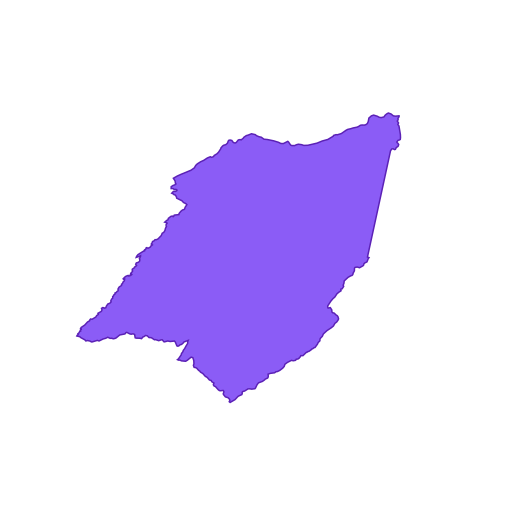 the district of Capital, Catamarca, Argentina, rotated 239°
{"feature_id": "61730980B81007798348630", "entity_name": "Capital", "entity_type": "district", "adm_level": 2, "iso_a3": "ARG", "parent_name": "Argentina", "parent_adm1": "Catamarca", "projection": "equal_earth", "projection_center": [-65.833, -28.409], "detail": "fine", "context": "isolated", "style": "filled", "palette": "violet", "viewbox_px": 512, "rotation_deg": 239, "n_neighbors": 0, "source": "geoboundaries", "source_scale": "gbopen_adm2", "svg_char_len": 6121}
<svg xmlns="http://www.w3.org/2000/svg" viewBox="0 0 512 512"><g transform="rotate(239 256 256)"><path d="M366.1,281.1L364.3,277.4L363.7,275.1L363.7,271.9L363.1,270.9L363.2,269.7L363.6,268.5L364.5,268.1L364.7,267.4L365.1,264.7L364.9,260.4L365.3,257.2L365.2,253.1L364.7,251.0L363.3,248.5L363.0,244.5L364.6,234.0L365.1,229.7L365.2,225.2L362.0,225.3L359.8,224.4L359.0,224.5L358.8,223.0L359.2,221.3L359.1,219.0L357.5,218.0L356.5,219.6L355.2,220.1L354.3,221.7L353.5,222.2L352.8,221.9L352.8,220.3L353.9,218.5L353.2,216.1L351.8,217.1L350.8,217.3L349.7,218.3L347.5,218.2L346.4,217.8L341.4,221.0L339.2,221.4L337.1,222.8L335.6,223.2L334.3,220.4L333.0,218.9L332.9,218.4L333.3,216.8L333.1,214.9L332.1,212.0L331.2,211.2L333.0,207.4L333.1,206.7L332.4,205.9L332.4,205.2L333.4,204.8L333.8,203.4L333.4,200.2L332.4,199.3L332.5,197.8L332.0,195.2L330.4,196.7L329.8,196.6L329.3,195.2L328.0,194.4L327.4,194.4L326.4,192.7L324.8,191.1L324.0,189.6L323.8,188.9L323.8,187.3L322.3,185.3L321.1,180.6L321.3,179.0L322.0,177.9L321.5,176.3L321.7,174.8L320.7,173.6L320.2,172.4L318.9,172.9L318.7,171.0L318.1,170.1L318.2,167.7L318.7,167.0L319.4,166.8L319.6,166.2L318.6,164.9L318.5,164.4L318.7,164.0L318.4,163.1L317.9,163.1L318.1,161.4L318.0,155.6L317.2,153.5L316.5,152.6L315.8,155.5L315.7,157.2L315.0,156.7L313.7,154.6L313.1,154.7L311.8,153.9L311.4,153.3L311.2,151.9L311.7,149.9L310.9,148.6L309.4,148.8L309.2,148.4L309.2,147.1L309.0,146.1L308.6,145.9L308.4,143.2L307.7,142.6L306.9,142.6L306.4,142.2L305.7,139.8L305.1,139.1L304.7,139.9L304.1,140.0L303.9,138.5L304.1,137.5L304.5,136.5L305.2,136.4L305.6,134.3L305.6,133.3L304.9,130.4L304.4,130.4L303.8,131.5L302.8,130.6L302.4,129.9L302.4,129.1L301.1,127.2L301.1,126.2L300.0,125.6L299.9,122.9L299.7,122.3L298.7,120.6L298.0,120.5L297.2,119.9L297.2,118.7L296.7,117.3L296.9,116.1L296.1,115.7L295.8,113.9L295.1,113.2L295.1,112.3L293.7,111.5L293.4,110.0L292.3,108.4L291.3,108.2L290.8,106.3L291.2,104.4L290.1,101.9L289.0,100.6L289.4,99.0L289.9,99.0L290.7,98.2L290.7,96.6L289.3,96.3L288.5,95.5L288.2,94.6L288.3,91.0L287.4,91.0L287.1,90.7L287.0,88.7L286.2,87.3L286.2,82.9L287.2,81.8L286.9,80.8L286.2,80.0L286.2,77.6L285.0,73.6L284.8,69.4L284.2,68.3L283.5,68.7L283.0,68.4L283.1,67.6L282.8,67.0L282.0,67.0L282.0,65.8L281.3,64.7L281.1,63.3L280.4,63.2L280.1,61.8L279.7,61.2L277.6,63.4L276.4,63.7L272.3,66.1L270.8,66.4L270.4,67.9L268.8,69.7L267.1,70.7L266.7,71.4L265.4,76.5L264.0,77.7L263.6,82.3L262.9,84.7L262.7,87.1L260.6,88.5L259.6,90.2L258.6,90.9L258.0,92.5L257.8,93.9L258.5,98.5L256.7,103.5L257.3,105.1L257.1,105.9L254.1,107.8L253.2,108.8L252.8,110.1L252.1,111.0L251.2,111.5L248.1,110.3L247.3,111.0L245.3,114.1L244.1,115.3L244.8,117.3L244.6,118.8L244.8,120.3L243.6,121.7L241.2,122.3L239.9,124.2L236.5,125.8L236.0,126.9L233.5,129.0L232.9,131.7L232.4,132.5L229.9,132.9L229.5,133.4L228.6,136.6L226.9,138.4L225.1,142.3L223.8,142.5L219.7,141.9L218.9,142.6L218.7,143.8L219.0,145.4L218.6,146.3L218.6,147.0L218.9,148.7L219.4,150.0L218.6,154.4L217.8,153.4L216.2,152.3L214.9,149.7L213.3,147.0L212.5,144.9L212.1,144.7L211.3,143.4L210.9,142.0L209.8,141.0L207.8,136.6L207.6,135.3L206.7,135.9L205.9,137.2L204.5,138.1L202.0,141.5L202.0,143.5L202.7,148.3L201.4,149.5L198.4,148.8L195.6,147.3L194.5,146.0L192.4,145.6L191.5,146.7L190.4,147.4L187.5,147.9L186.3,148.5L185.1,148.6L182.6,149.9L178.7,150.6L178.1,151.2L176.7,151.7L173.7,152.2L172.3,153.5L171.1,153.3L168.8,154.5L167.6,153.1L166.2,153.1L164.9,154.0L160.7,154.8L159.5,155.3L158.8,156.1L157.7,158.6L157.1,158.7L156.1,158.5L154.7,156.9L153.8,156.8L151.0,157.2L149.0,159.0L147.2,159.5L145.8,159.3L144.9,158.0L143.8,158.4L143.7,164.1L144.9,168.2L144.9,169.2L144.5,172.4L145.0,173.2L146.4,174.0L146.6,175.2L146.1,176.7L146.2,180.7L145.4,182.2L144.1,183.7L142.8,186.7L143.1,187.6L145.1,190.6L146.0,192.8L145.2,196.9L145.4,199.6L145.7,200.4L145.4,203.1L145.6,203.6L146.6,204.6L148.5,205.5L148.0,207.9L146.3,211.8L146.5,213.5L145.9,214.9L145.7,217.5L146.1,221.1L146.8,223.3L148.3,225.0L148.6,228.0L148.3,232.6L147.0,234.0L146.2,236.2L146.8,237.3L146.1,238.9L146.1,240.2L146.5,240.7L146.7,241.9L147.5,243.1L146.4,244.9L147.5,249.6L147.2,250.1L147.4,251.0L147.0,252.2L147.2,255.0L147.5,255.6L147.3,256.8L147.5,258.4L147.2,259.5L148.8,263.3L149.8,264.7L150.4,267.1L151.8,268.0L152.3,268.9L153.0,271.5L154.5,273.6L155.5,278.5L155.7,283.5L156.1,286.3L157.6,288.9L157.9,291.3L158.9,293.5L159.6,294.4L161.7,295.0L163.1,294.9L163.8,294.4L166.8,293.6L168.0,292.4L169.0,292.3L170.8,293.2L173.5,293.1L174.2,291.0L175.2,291.1L176.3,291.8L178.7,296.8L179.8,300.0L180.2,302.4L181.9,305.9L182.3,308.5L182.4,311.0L183.3,311.2L183.9,311.8L183.5,312.9L184.8,315.5L186.1,315.7L187.2,317.2L189.2,318.8L190.3,324.0L190.2,327.1L189.9,328.2L190.0,328.9L190.6,329.9L191.2,330.3L192.6,332.7L194.9,334.2L195.1,334.6L195.2,335.1L194.4,337.1L192.6,338.7L192.5,342.5L192.6,343.3L193.8,344.6L194.0,345.7L193.8,348.1L195.9,350.8L196.4,352.0L197.7,351.0L276.9,425.5L277.8,427.5L277.7,427.9L277.2,428.8L275.9,429.5L275.6,430.4L276.7,432.1L276.8,434.2L278.0,435.7L279.5,435.7L280.7,435.3L281.3,435.6L282.0,437.4L281.6,438.6L281.6,439.7L283.0,440.8L285.7,442.3L293.8,445.5L295.7,445.3L296.6,446.7L298.9,446.6L299.6,448.0L300.9,448.6L301.7,450.4L302.5,450.8L304.0,447.6L305.4,445.9L308.2,444.9L310.4,443.1L310.5,441.5L310.2,439.3L309.3,437.3L310.2,434.5L311.5,433.0L313.3,432.0L316.2,429.4L316.7,427.1L316.1,423.8L313.5,421.5L312.2,419.7L312.0,417.7L312.4,416.3L313.7,414.3L314.3,412.8L314.2,410.5L314.4,409.0L315.8,405.0L316.3,402.8L317.3,399.8L317.4,397.9L317.0,392.2L318.0,388.2L318.8,387.1L319.4,384.6L318.9,383.9L318.9,377.6L320.5,371.9L321.3,366.5L324.2,357.5L326.2,353.9L327.9,352.5L330.0,349.9L330.6,347.8L330.7,346.1L332.2,343.6L333.3,342.8L336.9,342.6L337.9,342.3L338.3,337.3L339.7,335.2L341.8,333.9L345.6,330.5L350.1,325.6L352.0,323.0L355.1,321.7L356.7,320.0L358.9,318.4L360.4,317.9L363.1,315.1L363.7,311.4L364.2,309.7L364.0,306.7L363.5,305.7L363.2,303.0L364.0,302.3L364.6,300.6L363.5,297.6L363.5,296.6L364.3,295.5L365.2,295.0L367.5,294.8L368.7,293.6L369.2,292.4L368.9,291.5L367.4,289.6L367.0,287.5L367.6,285.3L367.5,284.1L366.7,281.6L366.1,281.1Z" fill="#8b5cf6" stroke="#5b21b6" stroke-width="1.5"/></g></svg>